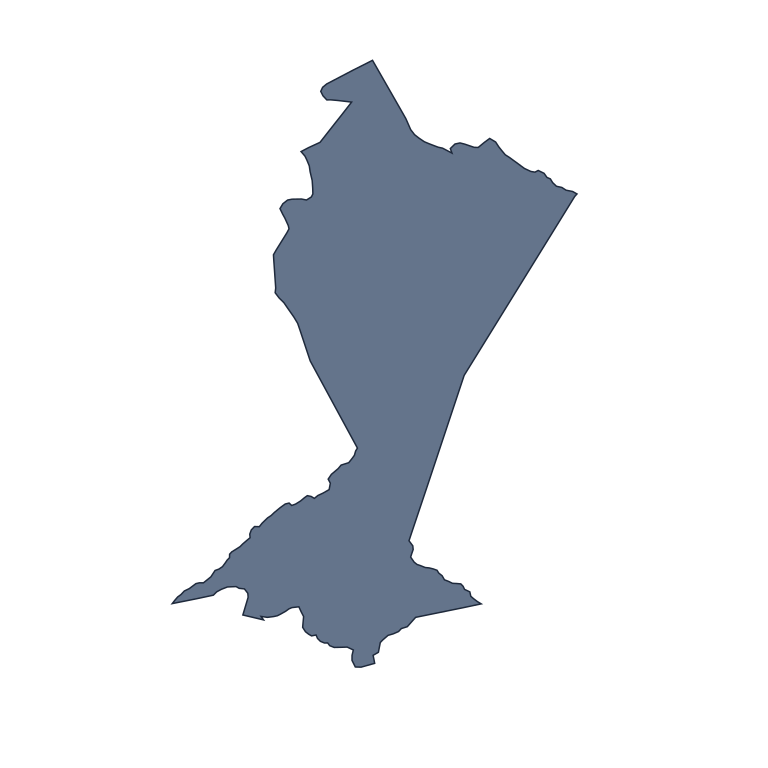 the district of Pedra, Pernambuco, Brazil, rotated 205°
{"feature_id": "56859067B75166120123114", "entity_name": "Pedra", "entity_type": "district", "adm_level": 2, "iso_a3": "BRA", "parent_name": "Brazil", "parent_adm1": "Pernambuco", "projection": "mercator", "projection_center": [-36.895, -8.673], "detail": "fine", "context": "isolated", "style": "filled", "palette": "slate", "viewbox_px": 768, "rotation_deg": 205, "n_neighbors": 0, "source": "geoboundaries", "source_scale": "gbopen_adm2", "svg_char_len": 2917}
<svg xmlns="http://www.w3.org/2000/svg" viewBox="0 0 768 768"><g transform="rotate(205 384 384)"><path d="M423.4,625.4L420.0,622.0L430.6,622.5L435.0,621.5L440.4,621.1L444.8,620.8L449.9,620.6L456.6,621.7L461.7,622.9L467.3,625.8L476.3,633.7L482.9,638.4L531.2,672.5L544.6,655.5L562.7,631.8L565.0,627.0L565.0,622.5L561.1,619.4L555.9,617.3L552.4,619.0L545.5,621.5L532.5,625.8L536.1,610.0L538.5,600.0L544.1,576.0L552.3,566.3L557.4,559.6L551.9,557.1L548.7,554.5L543.9,550.1L540.7,545.2L537.8,541.5L535.1,538.1L531.3,531.2L528.8,526.2L528.9,522.8L532.0,518.0L536.9,516.8L545.5,512.6L549.1,510.0L551.8,504.7L552.4,499.0L547.6,495.1L543.9,492.4L537.7,487.1L535.7,484.5L535.9,480.2L538.3,460.3L538.8,454.4L536.7,450.5L522.7,425.2L521.2,420.7L515.3,417.6L509.1,415.4L503.5,412.1L494.0,406.6L487.9,402.5L482.8,397.2L460.6,373.7L427.3,349.0L381.0,314.7L381.4,311.3L380.7,306.9L381.4,303.2L382.7,297.8L388.6,292.4L389.8,287.9L393.5,279.9L394.4,274.2L390.7,271.4L389.1,265.1L393.2,259.3L396.8,255.0L398.8,250.9L402.5,251.3L406.3,250.4L408.1,247.2L410.2,242.7L413.4,237.8L416.3,234.9L419.7,236.0L422.8,233.5L425.9,227.9L429.1,221.2L430.7,217.1L432.9,213.5L434.3,209.9L435.7,206.2L436.7,202.0L441.1,200.1L442.6,195.7L442.2,191.2L440.4,188.1L442.2,184.3L444.5,179.2L445.7,175.8L448.3,171.7L451.0,167.6L452.0,164.5L450.6,161.3L451.7,158.2L452.3,154.5L453.2,150.2L455.4,146.5L458.3,143.6L459.4,136.1L463.6,127.5L467.3,125.8L470.1,123.6L474.0,116.3L477.5,112.0L479.0,107.4L481.0,103.8L482.2,99.5L483.1,95.5L471.9,103.7L462.8,110.4L449.4,120.5L447.8,124.9L444.6,129.2L440.1,133.9L432.4,137.9L428.9,137.6L423.9,139.3L419.0,136.8L417.0,133.3L414.3,115.0L393.5,119.3L397.2,121.4L391.1,123.2L385.7,126.6L382.7,128.9L380.5,131.7L377.0,136.6L375.2,139.9L373.0,142.4L367.0,146.1L363.0,142.7L358.6,139.3L354.9,129.1L350.5,126.3L346.6,125.4L343.2,125.1L339.5,127.8L336.7,125.3L332.9,123.9L328.5,124.1L325.6,125.5L322.6,123.9L317.8,124.2L311.7,127.2L306.2,130.0L299.4,130.0L298.3,124.6L296.2,120.0L290.4,115.4L285.1,117.7L274.4,126.9L276.7,130.1L279.2,133.5L275.7,138.5L276.5,141.7L278.1,148.1L277.0,151.4L274.1,157.9L270.0,161.5L266.2,165.8L264.9,169.7L260.3,173.9L257.9,182.0L256.7,185.9L218.0,214.5L203.0,225.8L207.5,226.3L212.1,227.3L215.6,228.3L218.4,231.9L224.2,231.9L226.8,234.1L229.9,235.3L233.8,233.9L237.7,232.3L241.9,232.4L246.5,232.1L250.3,234.8L254.5,235.8L257.2,237.6L261.4,237.2L265.4,236.4L269.1,235.1L274.4,234.8L277.8,234.4L281.4,235.3L286.7,238.4L287.2,242.3L287.6,246.3L289.5,249.5L295.1,252.5L296.4,263.7L301.7,310.6L315.0,425.7L300.9,545.3L290.4,634.6L289.4,637.8L294.4,638.2L300.9,636.6L305.9,637.3L311.3,636.1L316.3,637.8L319.9,640.2L323.6,640.1L328.0,642.6L334.5,642.7L336.7,639.8L340.8,638.7L347.8,638.7L365.8,642.3L371.0,643.0L376.3,645.5L380.3,647.5L385.1,650.5L392.0,651.2L395.1,645.5L398.6,638.2L402.3,636.6L412.3,635.5L417.0,634.6L421.1,631.5L423.4,625.4Z" fill="#64748b" stroke="#1e293b" stroke-width="1.5"/></g></svg>